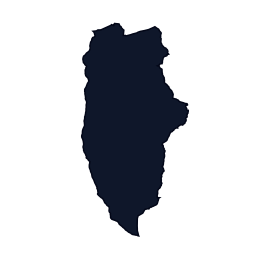 Pesceana, Vâlcea, Romania, rotated 190°
{"feature_id": "2599482B54913622805817", "entity_name": "Pesceana", "entity_type": "district", "adm_level": 2, "iso_a3": "ROU", "parent_name": "Romania", "parent_adm1": "Vâlcea", "projection": "robinson", "projection_center": [24.119, 44.892], "detail": "fine", "context": "isolated", "style": "filled", "palette": "ink", "viewbox_px": 256, "rotation_deg": 190, "n_neighbors": 0, "source": "geoboundaries", "source_scale": "gbopen_adm2", "svg_char_len": 5685}
<svg xmlns="http://www.w3.org/2000/svg" viewBox="0 0 256 256"><g transform="rotate(190 128 128)"><path d="M179.2,217.2L178.4,216.7L177.8,215.9L177.3,215.0L177.0,214.1L176.5,213.3L176.5,212.6L176.9,211.8L178.2,211.2L178.6,210.7L178.7,210.1L179.0,209.6L179.0,207.6L179.7,206.1L179.8,202.3L179.6,201.6L179.2,200.7L179.1,199.8L179.1,199.2L179.4,197.6L179.9,196.6L181.9,194.5L182.9,192.4L184.0,191.3L184.2,191.0L184.4,189.6L184.4,188.0L183.2,184.6L182.1,183.9L181.3,182.8L179.8,182.0L179.6,181.7L179.5,181.3L179.9,180.1L179.8,179.0L180.0,178.5L180.2,178.0L180.1,176.9L179.7,175.4L179.6,174.3L178.7,172.2L177.7,171.3L176.4,170.5L175.8,169.7L174.9,167.9L174.9,166.7L175.0,166.2L175.6,165.1L176.4,161.0L176.7,160.2L177.2,159.1L177.3,158.3L177.1,157.2L176.9,156.1L176.4,155.5L176.4,154.3L176.0,153.2L175.6,152.4L175.5,151.8L175.2,151.5L175.0,149.4L174.6,148.6L174.0,147.9L173.2,146.5L173.1,144.5L173.2,143.5L172.7,141.2L172.7,139.7L172.3,137.3L172.4,135.9L172.3,134.6L172.4,132.3L172.6,131.4L172.3,130.0L172.4,129.0L172.3,128.1L172.5,127.3L172.1,126.4L171.5,124.2L171.2,123.2L171.3,122.2L172.0,119.7L172.3,117.7L172.2,115.9L171.9,115.0L172.2,112.9L172.2,112.0L171.8,110.7L170.6,109.0L169.7,107.1L168.8,104.3L169.0,101.7L168.9,101.2L168.0,99.4L167.9,98.4L166.7,96.3L165.9,95.7L165.1,94.5L164.7,93.7L164.0,93.0L164.0,91.7L163.8,91.2L162.3,90.5L161.4,89.4L159.7,88.3L159.7,87.3L159.6,86.5L159.7,85.0L159.3,82.7L158.8,81.6L157.7,79.9L157.2,78.5L155.9,76.7L154.8,73.6L152.7,71.0L151.1,68.2L149.7,66.4L148.3,64.3L148.1,63.8L148.1,63.1L147.3,62.1L147.0,61.4L146.4,59.4L146.1,58.6L146.5,58.1L146.4,57.5L145.3,56.6L142.2,54.7L140.8,54.2L139.2,52.4L138.2,50.8L137.8,50.3L136.8,49.6L136.3,49.4L135.4,48.3L134.8,47.9L133.4,47.4L133.1,47.1L132.5,45.8L132.3,43.1L131.8,42.1L130.4,40.8L130.4,39.7L129.9,38.5L129.6,36.8L129.4,36.4L128.2,35.4L125.7,34.9L124.6,34.8L123.5,34.4L122.1,34.3L121.5,33.6L120.8,33.2L120.3,32.3L119.8,31.7L116.7,30.0L115.8,29.3L114.0,28.4L112.7,27.2L110.5,26.3L109.5,25.6L107.0,24.9L106.3,24.4L105.3,24.0L104.1,23.9L103.0,24.2L102.5,23.8L101.0,24.0L100.4,23.9L100.0,23.7L98.7,23.6L99.2,24.5L100.0,26.4L100.5,27.4L101.0,28.5L101.3,30.2L102.0,33.3L103.1,40.5L102.8,43.3L98.7,46.7L97.2,50.8L96.1,51.2L96.1,51.3L94.9,51.8L94.1,52.0L93.6,51.9L93.3,52.0L93.2,52.2L93.2,53.0L92.5,53.5L92.1,54.0L91.1,54.2L90.4,55.0L89.3,55.5L88.5,56.2L87.1,57.1L86.6,57.6L86.1,58.5L86.0,59.2L85.8,61.2L85.6,62.3L85.6,63.7L85.3,64.4L84.9,64.8L86.0,64.7L86.9,64.4L87.2,64.9L87.4,66.1L87.6,66.8L87.4,68.2L87.4,68.7L87.9,70.8L87.8,72.1L87.3,73.1L87.1,73.7L87.0,73.9L86.7,73.9L86.5,74.1L86.2,74.5L86.2,74.9L85.9,75.3L85.9,75.8L85.8,76.0L85.9,76.5L85.3,77.1L85.3,77.5L85.5,78.1L85.0,79.1L85.3,79.9L85.6,80.2L86.0,80.3L86.1,80.5L86.1,80.9L86.0,81.4L86.2,81.8L86.1,82.6L86.4,83.1L86.5,83.9L86.9,84.4L86.9,84.6L86.5,85.0L86.6,85.5L86.3,86.0L86.6,86.8L86.7,87.2L87.0,87.8L87.1,88.3L87.0,88.5L86.5,88.6L86.2,88.9L86.2,89.1L86.3,90.3L85.3,91.4L85.1,91.8L85.1,92.2L85.7,93.2L86.0,93.6L86.1,94.2L87.7,96.1L87.6,96.4L87.2,96.6L87.0,96.8L87.1,97.1L86.9,98.2L87.0,99.5L87.1,99.8L87.0,101.8L87.4,103.3L87.2,104.9L87.1,105.7L87.1,106.7L87.6,108.5L88.1,109.5L87.6,111.0L87.6,111.9L88.1,112.5L88.8,113.0L88.9,113.3L88.8,113.7L88.8,113.9L90.0,115.2L90.1,116.4L90.4,116.8L91.1,116.9L91.5,117.1L91.6,117.5L91.1,118.2L91.2,118.6L91.4,119.0L91.2,119.4L90.0,120.2L88.3,121.7L87.7,122.5L87.5,122.9L87.4,123.6L87.2,124.5L87.0,125.6L86.3,127.1L85.8,129.9L85.4,130.8L85.0,131.5L83.9,132.2L83.5,133.0L82.7,133.7L82.5,134.0L82.4,134.8L81.0,136.1L80.5,136.4L80.0,136.6L79.1,136.6L79.3,137.3L79.3,137.5L78.9,138.0L78.6,138.9L78.4,139.1L77.6,139.3L76.7,140.6L75.7,140.4L74.6,140.4L74.5,140.6L74.3,141.3L73.4,142.0L72.9,142.5L72.8,143.6L72.2,144.8L72.1,146.0L72.5,146.6L72.6,147.1L72.9,147.4L72.8,147.9L72.6,148.3L71.9,148.8L71.8,149.1L71.8,149.8L72.0,150.2L72.1,151.0L72.0,151.6L72.3,152.1L71.9,152.5L71.6,152.8L71.6,155.1L71.8,155.9L72.9,155.9L73.4,156.1L73.6,156.5L73.5,157.2L74.8,158.8L74.9,159.0L74.9,159.7L75.2,160.3L75.0,160.5L74.4,160.5L73.6,160.8L73.4,161.1L74.0,161.7L74.1,162.2L76.1,162.1L78.1,162.5L81.3,162.8L82.4,163.2L83.3,164.1L85.6,164.7L85.6,164.8L89.2,165.1L89.3,167.5L89.6,167.8L89.3,168.3L89.3,168.7L89.9,169.4L89.8,170.0L90.8,170.8L90.8,171.2L91.2,171.9L92.7,173.1L93.7,173.6L94.2,174.4L94.8,175.0L94.9,175.5L95.3,175.9L96.5,176.6L97.3,177.5L99.6,178.6L100.0,179.1L100.2,180.0L100.4,181.6L101.0,182.5L101.1,182.9L100.9,183.3L101.0,183.6L103.7,187.0L103.6,187.9L104.1,188.6L104.2,189.4L104.5,190.5L104.5,191.0L104.7,191.5L104.8,191.8L106.9,192.6L107.8,193.8L108.2,194.1L109.7,194.4L108.1,195.4L108.2,195.8L107.9,196.3L107.8,196.5L106.7,197.0L105.6,197.3L105.7,198.1L105.5,198.6L105.6,199.4L105.9,199.8L105.8,200.7L105.6,201.0L105.6,202.6L105.3,203.8L104.6,204.7L102.8,205.6L102.3,206.0L102.2,206.1L102.3,206.3L102.2,206.8L102.4,207.0L100.8,207.8L101.2,208.1L101.4,208.1L101.8,208.3L102.0,208.9L102.2,209.2L102.0,210.0L102.1,210.5L102.4,211.0L102.5,211.4L103.1,212.1L103.8,212.4L104.6,213.2L106.5,213.6L107.3,214.4L108.7,215.3L109.7,217.0L110.3,217.7L110.5,218.1L110.7,219.1L110.9,221.7L111.9,223.1L111.7,223.8L112.0,225.2L111.9,225.9L111.8,227.2L111.9,227.4L112.2,227.8L113.6,228.8L114.9,230.5L115.4,230.8L116.7,231.2L119.1,232.4L120.6,231.3L124.8,228.5L128.9,226.7L132.6,225.3L134.9,224.0L135.9,223.1L139.9,221.3L141.4,220.4L146.0,218.3L146.6,218.7L148.7,218.3L148.9,220.9L149.1,223.7L150.0,224.1L151.0,224.9L151.4,225.0L152.4,226.5L152.8,226.8L153.7,227.0L154.9,228.9L159.4,228.6L159.6,228.0L160.2,227.3L159.7,227.4L159.8,226.4L160.1,226.4L160.4,226.3L161.1,226.8L161.6,226.5L162.1,226.9L163.0,225.9L171.8,219.9L174.7,219.3L175.0,219.1L175.8,218.2L179.2,217.2Z" fill="#0f172a" stroke="#020617" stroke-width="1.5"/></g></svg>